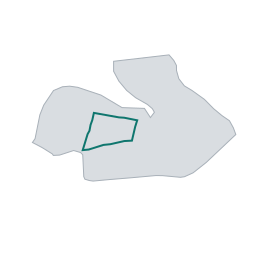 Randa, Tadjourah, Djibouti (highlighted), rotated 231°
{"feature_id": "41766387B54529132802745", "entity_name": "Randa", "entity_type": "district", "adm_level": 2, "iso_a3": "DJI", "parent_name": "Djibouti", "parent_adm1": "Tadjourah", "projection": "mercator", "projection_center": [42.697, 12.023], "detail": "fine", "context": "in_parent", "style": "outline", "palette": "teal", "viewbox_px": 256, "rotation_deg": 231, "n_neighbors": 0, "source": "geoboundaries", "source_scale": "gbopen_adm2", "svg_char_len": 1054}
<svg xmlns="http://www.w3.org/2000/svg" viewBox="0 0 256 256"><g transform="rotate(231 128 128)"><path d="M188.9,158.8L180.9,171.4L170.6,187.6L159.0,205.9L151.7,206.1L146.1,205.0L142.2,201.9L134.3,198.5L125.3,198.3L116.7,201.4L102.2,205.4L89.1,206.7L78.6,208.8L69.8,211.4L61.9,210.0L55.1,207.7L53.6,188.2L52.0,167.0L52.2,150.4L54.6,141.2L56.7,137.7L69.1,125.0L73.4,119.9L87.5,98.9L99.7,81.0L108.7,67.5L111.5,64.9L115.3,62.3L118.0,63.0L135.7,76.0L138.8,75.7L144.7,71.6L150.0,57.8L153.7,52.7L155.4,52.9L166.7,49.0L176.9,44.6L178.2,49.1L193.7,67.8L198.8,76.9L204.0,93.7L201.3,103.0L197.2,109.0L191.3,114.5L170.6,127.7L147.6,136.2L132.9,153.1L122.0,152.0L123.6,158.4L127.7,159.1L134.1,157.9L146.7,153.0L158.0,150.6L170.1,150.4L181.1,152.5L188.9,158.8Z" fill="#d9dde1" stroke="#a8b0b8" stroke-width="1"/><path d="M139.3,78.9L136.0,83.9L130.3,98.3L126.5,104.1L120.2,116.9L115.7,123.1L124.4,134.3L128.2,140.0L138.4,131.5L141.9,127.7L161.2,111.0L156.6,105.2L154.0,100.9L150.1,96.3L148.7,92.8L139.3,78.9Z" fill="none" stroke="#0f766e" stroke-width="2"/></g></svg>